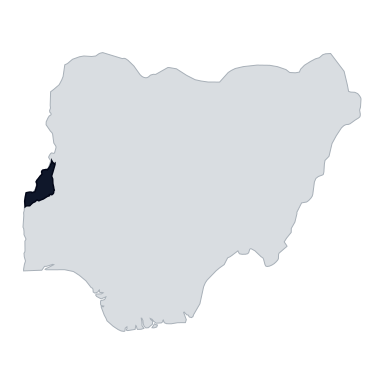 location of Baruten, Kwara, Nigeria
{"feature_id": "59680162B46396512293260", "entity_name": "Baruten", "entity_type": "district", "adm_level": 2, "iso_a3": "NGA", "parent_name": "Nigeria", "parent_adm1": "Kwara", "projection": "orthographic", "projection_center": [3.396, 9.366], "detail": "fine", "context": "in_parent", "style": "filled", "palette": "ink", "viewbox_px": 384, "rotation_deg": 0, "n_neighbors": 0, "source": "geoboundaries", "source_scale": "gbopen_adm2", "svg_char_len": 5107}
<svg xmlns="http://www.w3.org/2000/svg" viewBox="0 0 384 384"><path d="M330.6,53.5L344.1,71.3L347.3,84.7L348.6,91.4L350.8,92.1L354.8,92.3L357.7,93.6L359.5,95.7L360.7,97.7L361.0,99.0L360.5,107.1L359.6,110.1L360.3,114.0L360.2,115.8L359.8,116.9L358.1,118.3L355.7,119.7L350.0,123.8L348.4,124.4L346.0,124.6L343.9,125.6L341.5,127.8L336.3,135.7L332.0,143.6L329.0,156.3L325.0,160.4L324.4,163.9L323.9,171.8L323.4,174.2L322.7,174.9L318.4,176.5L315.9,178.4L314.4,182.0L312.8,194.2L312.2,196.2L310.8,198.3L308.6,200.6L306.6,202.0L301.6,202.9L296.9,212.2L296.9,213.8L294.9,222.1L291.3,228.4L291.2,232.4L286.6,238.1L284.2,241.9L286.8,245.7L287.0,246.3L279.1,253.1L278.6,254.1L278.4,258.7L277.8,259.9L276.3,261.7L274.2,263.6L272.0,265.0L269.5,266.1L267.1,266.5L265.7,266.0L265.0,264.6L263.5,259.0L262.8,257.8L261.2,256.8L254.9,250.8L251.1,248.7L250.3,248.8L249.7,249.4L248.7,252.6L247.7,253.7L245.7,254.2L242.2,254.3L239.7,253.9L239.1,253.3L237.9,250.9L230.3,256.6L227.6,257.9L224.2,264.6L219.4,268.0L216.0,270.9L207.1,280.1L205.3,282.8L203.6,286.8L199.9,303.8L193.7,314.5L192.9,316.7L192.6,316.7L191.7,317.6L189.3,317.0L188.2,315.1L186.7,314.8L184.1,312.0L183.6,312.4L186.3,319.7L185.4,322.6L177.7,322.7L171.1,323.8L166.6,323.7L164.3,322.7L163.3,320.0L162.9,320.3L162.7,321.8L161.3,322.9L156.2,323.2L153.9,321.4L152.1,319.3L150.2,318.4L150.5,319.3L152.7,321.3L152.4,324.2L148.4,327.7L145.8,327.9L144.2,326.4L143.3,324.1L142.9,320.5L141.8,318.2L141.2,318.2L141.9,322.1L142.0,325.6L143.9,328.4L141.0,329.3L137.4,329.4L136.9,328.4L136.4,326.1L135.8,325.5L135.1,329.4L127.7,330.6L126.7,330.4L126.4,329.7L127.0,328.6L126.9,326.8L125.2,328.2L125.0,330.9L124.1,331.4L121.2,331.0L118.2,329.6L113.2,326.3L107.0,320.8L106.0,318.3L104.3,315.2L101.1,306.8L101.7,306.4L103.1,306.9L103.8,306.1L101.2,305.5L100.7,304.9L100.5,303.0L100.6,300.8L104.5,299.6L105.4,298.2L105.9,296.8L101.1,298.9L96.7,296.5L95.7,295.1L96.2,294.0L101.3,293.9L103.2,292.8L102.0,292.4L100.1,292.5L99.4,291.8L99.4,290.0L98.8,290.4L97.9,292.0L94.9,293.1L93.2,292.0L93.0,289.5L92.6,288.3L91.1,287.5L85.9,280.8L79.3,275.3L73.4,271.5L64.6,269.7L46.1,269.8L45.1,269.3L46.2,268.4L47.8,267.8L53.8,264.7L52.8,264.3L46.6,266.3L44.5,266.4L41.8,270.2L23.6,270.9L23.6,269.2L24.4,264.4L25.5,261.0L24.3,256.9L24.0,253.2L24.8,252.0L25.0,250.6L24.9,241.1L25.8,239.7L25.9,238.8L24.0,234.7L24.0,231.6L23.7,228.6L23.0,227.2L23.8,215.6L23.6,212.7L24.2,210.7L24.5,205.7L24.4,200.8L25.7,193.0L33.4,192.0L35.3,189.0L36.4,185.1L36.0,181.3L38.6,178.0L41.6,175.1L41.5,171.8L42.3,170.8L43.8,170.1L45.8,169.7L48.1,168.1L49.4,165.2L50.7,160.7L48.7,157.6L48.7,156.9L49.5,155.2L50.7,153.5L51.6,152.9L53.9,153.4L54.6,152.7L56.0,147.7L55.9,146.3L53.8,143.0L52.6,134.0L52.0,132.8L50.4,131.1L46.1,124.8L46.2,121.8L48.0,117.9L49.2,116.0L50.8,115.0L51.2,114.1L50.7,113.0L49.8,112.2L49.6,110.5L50.5,108.1L50.2,105.4L50.6,91.8L54.1,89.1L59.2,84.7L61.7,80.0L63.1,76.5L64.8,64.8L67.4,63.6L72.5,59.3L79.4,56.8L83.8,56.0L91.7,56.5L95.7,56.0L99.0,53.7L100.5,53.1L102.7,52.6L122.3,58.6L124.1,58.3L125.6,58.7L128.0,60.3L133.8,65.9L140.0,74.6L141.9,76.4L143.8,77.4L145.8,77.8L147.2,77.6L148.6,76.8L150.5,75.1L153.3,74.3L155.7,74.4L167.7,67.6L168.9,67.5L176.4,68.8L186.7,75.4L195.1,79.7L201.0,81.0L207.9,82.0L219.6,82.1L228.2,72.5L231.4,70.4L235.3,68.5L243.4,66.6L257.0,65.1L269.7,65.3L277.6,66.7L286.0,69.6L289.7,72.5L295.4,72.8L299.4,72.1L300.6,69.2L304.5,65.2L310.4,61.5L315.3,58.9L319.3,57.7L322.8,54.7L325.6,53.8L330.6,53.5ZM156.7,327.0L153.9,327.9L152.0,327.7L154.5,323.8L155.8,324.6L157.5,325.0L156.7,327.0Z" fill="#d9dde1" stroke="#a8b0b8" stroke-width="1"/><path d="M25.1,206.8L25.9,206.2L26.4,205.8L26.7,205.8L27.5,205.8L28.9,205.8L29.8,205.7L30.1,205.4L30.4,205.0L30.6,204.8L32.3,203.2L32.5,202.9L33.6,202.4L35.1,201.7L35.9,200.9L36.8,200.0L37.4,199.9L37.8,200.4L38.9,200.8L40.2,200.2L40.3,200.1L41.9,199.5L43.3,199.0L44.1,198.5L47.2,196.5L49.4,195.7L49.4,195.1L49.2,194.8L49.2,194.6L49.6,194.5L49.9,194.4L50.5,194.5L50.9,194.4L51.1,194.5L51.5,194.3L51.9,194.4L52.0,194.6L52.8,194.0L53.3,193.4L53.5,193.1L53.6,192.7L53.7,191.9L53.8,190.9L54.3,190.2L53.8,188.5L53.6,186.9L52.9,183.8L52.8,182.3L52.7,179.0L51.6,176.1L52.2,174.1L52.8,172.2L55.0,164.5L55.0,163.4L54.9,163.5L54.6,163.5L54.5,163.8L54.6,164.0L54.7,164.4L54.6,164.5L54.4,164.4L54.3,164.2L54.1,163.8L54.0,163.7L53.9,163.5L53.7,163.4L53.5,163.1L53.4,162.9L53.2,162.8L53.2,163.0L53.3,163.2L53.3,163.4L53.1,163.4L52.7,162.8L52.6,162.4L52.6,162.2L51.8,160.8L51.8,161.0L51.6,161.9L51.5,162.4L51.0,163.6L49.8,166.5L49.7,166.7L49.6,166.9L49.5,167.0L48.2,168.8L47.2,169.9L46.8,169.7L46.5,169.6L46.0,169.5L45.8,169.5L45.7,169.6L42.7,170.1L42.3,170.5L41.9,171.0L41.7,171.4L41.6,171.7L41.7,171.9L41.6,172.1L41.6,172.5L41.8,173.1L42.3,174.0L41.3,174.9L40.3,175.9L39.4,177.1L39.2,177.4L38.0,179.0L37.1,180.0L36.2,181.6L36.2,182.0L36.3,182.3L36.5,182.7L36.7,183.2L36.9,183.7L36.9,183.8L36.9,184.6L36.9,185.7L35.9,188.9L34.9,191.8L32.3,192.6L31.8,192.7L31.2,192.1L29.4,192.1L26.8,192.6L26.2,192.8L26.1,193.2L25.9,194.0L25.6,195.7L25.4,196.8L24.8,200.4L24.7,201.1L24.8,202.6L25.1,206.6L25.1,206.8Z" fill="#0f172a" stroke="#020617" stroke-width="1.5"/></svg>